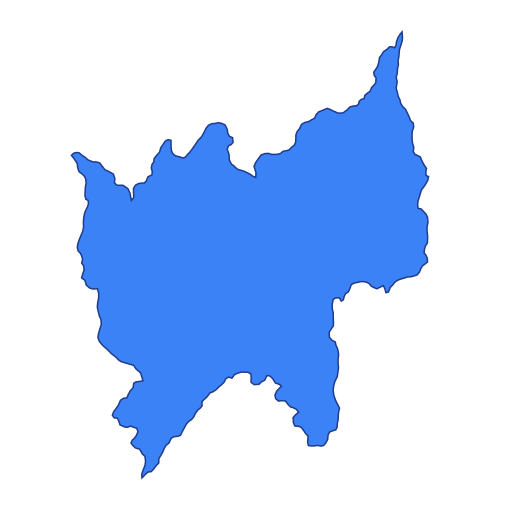 outline of Itapecerica, Minas Gerais, Brazil, rotated 356°
{"feature_id": "56859067B8389558658306", "entity_name": "Itapecerica", "entity_type": "district", "adm_level": 2, "iso_a3": "BRA", "parent_name": "Brazil", "parent_adm1": "Minas Gerais", "projection": "equal_earth", "projection_center": [-45.108, -20.455], "detail": "fine", "context": "isolated", "style": "filled", "palette": "blue", "viewbox_px": 512, "rotation_deg": 356, "n_neighbors": 0, "source": "geoboundaries", "source_scale": "gbopen_adm2", "svg_char_len": 5978}
<svg xmlns="http://www.w3.org/2000/svg" viewBox="0 0 512 512"><g transform="rotate(356 256 256)"><path d="M300.1,449.5L304.3,449.3L307.7,450.2L310.4,449.6L312.8,447.1L314.7,444.0L315.4,439.6L317.2,436.7L320.4,435.7L323.4,435.0L324.9,432.7L325.4,428.8L326.4,425.3L326.9,421.4L327.5,417.4L328.7,413.6L326.9,409.4L325.2,405.2L323.9,400.2L323.6,395.5L324.5,390.7L326.0,386.6L328.6,382.2L329.6,377.7L330.5,373.4L330.4,368.7L330.7,364.6L331.5,360.5L331.4,357.0L330.6,353.3L329.5,350.5L329.1,347.2L326.3,345.7L323.6,342.4L323.6,337.4L326.0,334.0L328.3,331.1L328.7,326.9L328.8,321.8L329.1,318.0L328.4,314.0L328.7,309.3L330.1,304.6L332.5,303.4L336.2,303.5L337.9,306.9L340.1,305.8L341.2,302.4L342.7,299.8L345.6,298.3L347.3,295.2L349.0,291.3L351.4,290.1L353.8,289.6L356.2,289.3L358.6,288.9L361.9,289.1L364.9,290.1L367.1,291.6L368.6,293.8L370.8,295.4L374.3,297.1L377.8,295.7L381.0,294.5L382.3,297.8L383.0,301.6L385.6,301.2L387.7,296.8L390.3,294.5L392.4,292.1L394.6,290.6L397.0,289.6L400.4,288.7L402.8,288.3L405.1,287.5L409.4,287.5L412.2,286.9L415.4,286.1L417.9,283.5L419.7,279.9L421.2,277.6L423.7,276.0L426.7,273.9L426.7,270.1L425.6,267.1L423.9,264.5L424.5,261.3L425.5,258.2L427.9,255.0L428.6,248.5L428.4,243.5L428.6,239.1L429.9,234.5L429.8,229.4L428.6,226.3L426.4,223.4L423.9,220.5L421.0,219.8L420.8,216.2L421.5,212.3L423.4,207.5L425.7,201.5L428.1,198.9L430.3,196.1L432.5,192.7L433.7,188.9L431.2,187.5L431.3,183.8L432.2,180.5L430.0,176.8L428.3,173.1L426.8,168.6L424.0,166.9L421.5,165.6L420.2,162.7L421.0,158.7L420.1,154.9L419.8,150.6L420.1,146.6L420.6,142.4L422.3,138.3L422.1,134.4L419.6,131.7L418.5,127.9L416.7,123.3L415.3,119.9L412.8,117.3L411.0,113.7L410.4,109.9L409.0,106.7L408.5,103.2L407.5,98.4L409.0,92.1L408.3,87.5L409.7,83.4L410.2,79.1L411.4,75.2L411.4,70.7L412.3,67.8L412.8,64.6L413.6,59.8L415.5,55.2L417.0,51.1L417.4,47.4L417.3,42.6L414.7,45.5L412.8,48.2L411.1,52.0L410.4,55.5L408.8,58.0L406.7,56.9L403.9,56.6L401.0,59.0L397.4,61.1L395.4,64.1L393.1,66.5L392.0,71.4L390.5,75.3L388.6,78.0L386.3,80.8L386.5,84.0L388.2,86.8L387.6,91.4L385.6,93.7L383.0,96.1L381.2,99.8L378.9,101.0L375.8,103.3L374.8,106.6L372.0,107.1L369.8,108.8L368.8,111.7L366.8,113.2L364.1,113.1L360.0,113.9L357.1,116.6L352.9,119.3L348.3,119.3L345.2,117.8L342.3,116.3L340.1,114.9L337.4,113.7L334.2,114.7L331.6,115.7L328.7,116.5L326.0,119.0L324.1,122.6L321.0,124.0L317.7,125.6L314.0,126.2L310.6,127.9L308.3,132.0L305.9,134.5L304.3,137.8L303.6,144.8L302.1,148.0L299.3,149.9L296.1,152.6L292.9,153.2L290.5,153.3L287.7,155.4L285.0,156.0L281.8,156.0L278.5,155.7L275.7,154.5L271.7,154.5L268.1,155.6L265.7,158.4L263.6,161.0L261.8,163.4L260.3,166.5L261.0,169.5L261.8,173.0L261.2,177.6L258.1,176.0L256.2,174.2L254.0,172.9L251.5,171.4L249.1,170.2L246.4,169.2L244.1,168.5L242.1,166.7L240.0,164.3L237.9,162.7L236.1,158.3L236.2,152.8L234.7,147.5L236.3,144.1L239.0,143.1L241.0,141.1L240.9,136.3L238.0,134.9L236.4,131.7L236.2,127.8L234.3,123.1L231.3,121.4L228.0,120.4L224.6,120.9L221.4,120.9L217.7,122.2L215.1,125.0L212.9,128.9L210.9,132.0L209.0,134.3L206.6,136.2L204.4,139.0L202.2,141.9L200.0,144.6L197.6,147.4L194.8,149.9L192.3,152.5L189.7,153.1L186.9,151.8L183.8,150.9L181.6,149.7L179.8,147.5L178.9,144.3L178.9,139.5L179.3,134.7L176.6,133.8L173.6,135.0L171.0,138.3L168.5,141.4L167.1,145.6L163.6,149.0L161.1,151.8L160.6,155.0L158.7,157.3L157.7,160.8L158.4,164.6L157.8,167.8L153.7,169.5L151.6,173.8L149.4,175.4L147.1,175.3L144.0,175.5L140.6,177.0L138.5,180.1L138.2,185.0L138.2,189.1L135.5,191.8L135.1,187.7L134.6,184.3L132.9,179.9L130.5,177.9L128.2,176.2L125.3,176.0L122.2,175.7L119.9,173.1L120.6,169.0L119.5,164.4L115.5,161.7L111.4,159.5L108.8,155.7L106.7,152.3L102.8,150.9L100.2,150.9L97.5,149.6L95.1,148.4L92.4,145.6L89.1,143.1L87.0,140.9L84.5,140.2L81.3,140.7L78.9,142.7L81.4,146.4L84.1,151.3L84.3,155.7L85.4,159.6L88.6,162.3L90.4,164.6L91.5,167.3L91.6,171.6L90.6,175.2L90.0,179.9L89.6,183.9L90.2,187.5L92.4,188.8L92.5,192.0L91.4,195.1L89.5,198.2L87.9,201.6L86.8,206.0L86.1,210.5L86.1,214.4L85.0,219.0L82.9,223.2L81.1,226.7L79.2,231.1L78.3,235.0L78.9,238.6L80.7,240.6L82.0,243.4L82.8,247.3L81.6,250.9L83.4,253.9L83.5,258.0L81.9,261.8L80.5,265.7L83.6,268.3L84.6,273.1L87.8,276.3L90.5,277.4L93.2,277.6L95.5,277.6L96.4,281.9L96.2,286.5L94.8,291.7L94.1,295.9L94.8,300.6L95.7,305.6L96.9,308.2L96.9,313.6L95.1,317.9L93.5,322.3L92.6,326.2L93.7,330.2L96.0,333.4L98.2,336.0L100.2,337.8L102.5,340.4L104.9,343.3L107.4,345.5L109.3,347.2L111.5,350.0L114.2,352.0L117.9,353.4L122.7,355.2L126.4,356.6L128.3,360.1L130.3,362.2L132.6,364.4L133.7,368.7L134.5,372.6L131.1,373.0L127.4,373.2L125.1,374.5L124.3,378.7L121.2,381.7L118.8,385.4L117.2,388.6L114.1,388.6L110.7,390.5L108.4,395.1L105.5,398.7L103.1,401.5L101.6,404.9L103.3,407.6L106.4,408.1L107.6,411.0L108.6,415.1L110.8,416.1L112.9,417.4L116.0,417.9L118.9,416.9L121.9,418.3L125.0,419.5L126.0,423.1L123.9,427.0L121.9,429.4L119.6,431.2L118.3,433.8L119.8,436.4L122.4,439.1L126.5,440.6L128.7,445.4L131.2,448.1L131.5,453.1L130.6,457.3L128.3,462.0L126.8,465.8L126.8,469.4L130.2,466.3L133.2,464.0L136.5,463.8L139.4,460.9L142.0,458.0L144.6,455.6L144.9,451.5L147.0,448.5L149.4,444.9L151.2,441.2L153.2,438.5L156.2,436.4L158.7,431.9L161.4,430.6L165.3,430.4L168.2,429.6L170.0,426.4L172.6,422.3L174.8,418.8L177.4,416.3L180.5,414.5L182.8,412.0L184.4,409.0L187.1,405.7L189.6,404.0L191.8,401.7L191.9,397.5L194.7,395.1L197.3,393.1L200.6,389.3L203.6,388.5L207.0,386.5L209.8,384.0L212.7,382.0L215.3,379.8L217.2,376.5L220.2,374.8L223.5,376.2L226.3,372.8L229.7,371.6L233.2,370.8L239.8,371.4L242.7,373.3L242.7,377.4L242.2,381.6L245.2,384.2L250.0,384.2L252.8,381.8L256.0,380.6L258.6,376.0L261.5,376.7L264.1,379.5L266.5,384.1L270.4,385.7L272.3,387.8L270.1,389.5L267.1,392.4L265.2,396.2L265.7,399.7L268.3,402.3L271.9,402.1L275.3,402.8L277.5,406.2L279.9,409.0L282.2,409.8L285.4,411.6L287.6,414.7L284.1,417.4L281.7,419.9L281.7,425.0L283.0,428.4L286.4,428.8L289.1,430.0L291.1,432.9L292.9,436.2L295.4,439.4L294.5,445.0L295.0,448.7L297.4,449.3L300.1,449.5Z" fill="#3b82f6" stroke="#1e3a8a" stroke-width="1.5"/></g></svg>